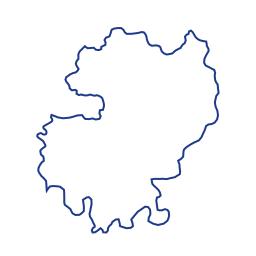 Slonim, Grodno, Belarus, rotated 352°
{"feature_id": "67162791B56929358145249", "entity_name": "Slonim", "entity_type": "district", "adm_level": 2, "iso_a3": "BLR", "parent_name": "Belarus", "parent_adm1": "Grodno", "projection": "albers", "projection_center": [25.224, 53.068], "detail": "fine", "context": "isolated", "style": "outline", "palette": "blue", "viewbox_px": 256, "rotation_deg": 352, "n_neighbors": 0, "source": "geoboundaries", "source_scale": "gbopen_adm2", "svg_char_len": 3749}
<svg xmlns="http://www.w3.org/2000/svg" viewBox="0 0 256 256"><g transform="rotate(352 128 128)"><path d="M96.7,41.0L93.0,43.8L90.7,45.5L89.1,48.1L88.8,50.6L88.4,52.9L86.7,54.3L85.3,56.8L85.7,59.2L87.3,62.6L86.0,64.3L83.9,65.7L81.0,66.0L77.8,67.0L75.9,68.1L73.9,69.1L72.8,71.4L73.4,73.7L74.8,75.8L75.8,78.1L75.8,80.7L77.7,82.9L81.1,82.9L82.4,84.0L81.8,87.0L84.1,88.6L86.1,88.3L89.9,89.8L92.9,90.0L95.0,89.6L96.9,90.4L99.4,91.4L101.6,91.2L103.9,92.2L105.8,93.8L106.7,95.2L107.1,97.5L107.4,99.7L107.4,101.7L107.2,103.1L105.7,106.5L102.6,106.5L101.7,109.8L102.6,112.5L101.1,114.9L97.3,115.1L94.2,113.6L90.9,113.8L86.9,113.1L85.5,111.1L84.4,108.9L79.6,108.5L76.0,109.1L71.8,109.6L68.2,109.5L64.9,109.3L60.0,107.7L57.8,106.4L54.1,104.4L53.2,106.8L54.0,108.4L54.2,109.7L53.4,111.0L51.6,111.8L50.1,112.4L48.8,112.9L47.3,113.5L44.8,114.5L44.1,115.8L44.6,117.1L45.9,118.2L46.7,119.9L46.5,121.8L46.0,122.6L44.7,122.9L43.4,122.7L42.3,121.8L41.0,120.9L39.4,121.1L37.5,121.9L37.0,123.4L37.6,124.8L39.9,126.9L41.2,128.2L42.2,129.1L43.1,131.6L43.8,133.4L43.5,134.7L41.9,135.6L39.6,136.8L38.0,138.3L38.0,141.8L38.8,143.1L40.1,144.3L40.3,146.0L40.0,148.9L38.0,149.9L35.7,152.3L33.8,155.2L33.2,158.1L34.2,160.8L35.6,163.6L37.4,165.7L39.5,169.0L39.2,174.1L38.8,178.4L38.8,178.7L39.7,177.6L42.6,175.0L45.2,175.0L49.5,175.8L52.6,176.7L56.0,180.3L55.7,184.2L55.2,188.0L55.0,189.7L54.5,192.8L54.7,195.2L57.4,197.9L59.7,200.3L60.2,202.2L61.2,204.8L63.8,206.8L67.9,207.2L70.5,205.8L72.7,204.1L73.4,199.6L73.4,196.5L73.4,192.9L77.5,191.0L79.7,191.0L81.8,193.8L81.3,198.4L80.1,201.8L78.9,205.3L78.0,207.5L78.0,210.4L79.9,214.7L80.1,216.2L81.5,220.0L81.3,221.2L79.1,222.4L77.9,224.3L78.4,226.5L80.6,226.7L81.8,226.2L82.5,226.0L84.9,224.6L86.8,223.4L88.5,225.3L89.0,227.9L92.1,228.4L93.8,226.7L94.3,224.3L95.9,222.4L98.1,221.0L99.5,218.8L103.2,216.9L106.0,217.1L106.5,221.2L106.5,224.1L112.5,227.0L116.8,227.2L119.2,226.0L119.2,222.9L118.5,219.1L122.4,215.5L126.0,212.3L130.8,209.9L133.9,208.3L136.8,209.0L138.4,211.6L138.4,214.5L138.0,216.9L136.0,219.8L135.3,223.1L139.7,226.3L144.2,228.2L150.0,227.7L154.1,225.3L155.5,223.1L156.5,220.5L156.7,216.6L155.7,214.7L153.3,213.5L150.4,214.2L147.8,214.0L145.9,213.1L145.9,210.2L145.9,206.6L145.9,203.7L147.1,200.8L149.2,200.6L150.9,199.4L150.7,196.7L149.9,194.3L148.3,191.9L145.9,189.1L144.4,186.9L144.2,184.7L144.2,182.1L147.8,182.1L151.8,182.8L155.2,183.1L159.3,184.0L163.6,183.5L167.4,183.3L172.9,180.9L173.6,178.2L173.6,174.6L173.7,172.8L173.9,171.3L173.1,167.4L176.2,166.0L178.6,164.1L179.1,161.9L179.6,159.3L180.5,157.1L183.4,155.0L188.2,152.8L190.8,151.8L196.5,150.1L199.6,147.2L201.5,144.1L203.7,140.8L205.6,136.9L208.2,135.7L211.5,135.7L214.6,134.7L217.5,131.8L218.9,127.8L218.9,123.5L217.7,118.9L217.6,114.6L219.8,108.7L222.6,105.8L222.6,102.9L222.8,97.3L221.7,95.3L221.0,92.8L221.1,89.6L221.2,87.8L222.0,85.5L221.5,82.5L219.2,80.9L217.5,79.6L213.7,77.0L212.6,74.6L212.6,73.2L213.4,70.0L215.5,66.9L216.7,65.3L218.5,63.1L218.7,60.8L217.6,57.9L217.5,53.3L213.7,52.1L211.2,51.0L209.4,49.6L207.7,47.6L206.7,45.3L205.4,42.1L203.8,40.3L202.0,40.8L200.9,43.4L199.0,43.7L197.1,45.5L197.4,49.1L196.1,51.8L194.0,52.9L192.2,54.7L191.3,56.0L188.5,56.9L185.9,57.9L184.5,58.7L183.3,59.7L182.0,60.4L178.2,60.6L176.2,60.5L173.8,59.0L172.1,56.8L171.6,54.4L171.2,52.3L169.9,51.0L167.4,50.1L164.0,49.9L163.1,49.9L161.3,48.7L160.2,47.3L159.4,44.9L159.0,42.5L159.0,40.1L158.3,37.6L157.2,35.7L155.3,34.9L150.4,35.3L144.3,35.2L141.5,34.8L139.9,34.6L138.2,32.9L137.2,30.3L135.2,28.1L132.0,27.6L128.2,27.6L125.5,28.4L124.1,31.5L122.4,34.7L118.7,35.5L117.0,37.6L117.7,40.3L117.1,42.6L115.2,43.1L112.8,44.0L112.5,46.1L110.2,46.8L107.2,46.1L105.3,43.8L102.6,43.6L99.3,43.4L97.5,42.0L96.7,41.0Z" fill="none" stroke="#1e3a8a" stroke-width="2"/></g></svg>